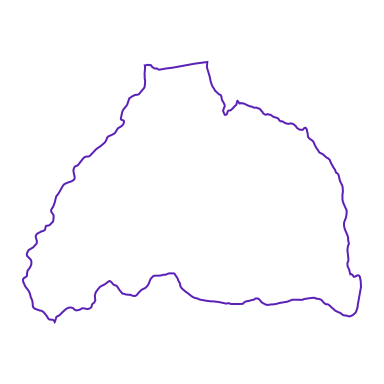 Venecia, Cundinamarca, Colombia (Robinson projection)
{"feature_id": "7082276B51616381865711", "entity_name": "Venecia", "entity_type": "district", "adm_level": 2, "iso_a3": "COL", "parent_name": "Colombia", "parent_adm1": "Cundinamarca", "projection": "robinson", "projection_center": [-74.456, 4.07], "detail": "fine", "context": "isolated", "style": "outline", "palette": "violet", "viewbox_px": 384, "rotation_deg": 0, "n_neighbors": 0, "source": "geoboundaries", "source_scale": "gbopen_adm2", "svg_char_len": 5929}
<svg xmlns="http://www.w3.org/2000/svg" viewBox="0 0 384 384"><path d="M214.1,88.8L212.7,86.8L211.8,84.9L210.6,81.1L209.7,76.6L207.1,68.0L206.9,67.2L207.3,62.0L194.5,63.7L172.0,67.8L166.6,68.4L159.3,69.7L158.5,69.5L156.7,68.4L155.2,68.6L154.2,68.3L152.0,66.8L151.3,65.6L150.8,65.1L149.9,65.2L148.5,64.8L144.8,65.4L144.9,65.7L145.0,67.2L145.0,68.8L144.6,73.3L144.7,78.6L145.1,80.2L145.1,82.5L144.6,87.0L144.0,88.1L140.5,92.2L139.3,93.9L138.8,94.1L137.8,94.7L134.8,95.0L133.0,96.0L132.0,96.4L131.3,97.0L129.3,98.3L127.2,104.6L126.3,106.0L123.4,109.5L122.2,112.0L120.9,118.1L120.9,119.2L121.4,119.8L123.4,120.4L123.7,120.6L123.9,121.0L123.9,122.1L123.8,123.0L123.2,124.3L122.9,124.8L121.6,126.0L120.7,126.7L118.5,127.9L117.7,128.6L115.1,132.8L114.6,133.4L111.4,135.1L108.3,136.4L107.7,137.0L107.0,137.9L106.2,140.3L105.6,141.4L104.5,142.8L100.6,146.1L97.3,148.3L95.9,149.5L90.1,155.6L88.7,156.5L86.0,156.6L84.3,157.3L82.9,158.8L77.9,165.2L76.4,166.0L75.1,166.4L74.5,167.0L73.7,168.9L73.4,170.5L73.7,172.7L74.7,177.1L74.4,179.0L74.1,179.6L72.5,180.8L70.8,181.6L67.9,182.5L65.4,183.6L63.9,184.5L62.8,185.9L59.1,192.5L57.6,194.7L56.8,195.6L56.3,196.4L55.9,197.6L54.7,202.5L54.1,204.3L53.4,206.1L51.2,209.8L51.1,210.8L51.2,211.5L51.7,212.5L53.3,214.7L53.7,215.8L53.5,218.6L53.2,221.0L53.0,221.6L49.6,225.1L48.1,225.6L46.2,225.8L45.8,226.1L45.1,229.4L44.6,230.1L43.1,231.0L41.0,231.5L40.5,232.0L38.5,232.9L37.4,233.6L36.6,234.4L35.8,235.7L35.7,236.4L35.8,237.4L36.9,241.0L36.8,242.8L36.5,243.7L33.2,247.3L31.6,248.3L28.8,249.9L27.5,252.0L26.8,254.0L27.0,255.8L30.4,259.3L31.1,260.3L31.4,261.9L31.3,264.3L30.8,265.8L29.5,268.2L28.8,269.0L27.5,270.9L27.0,273.4L27.0,275.1L26.9,275.9L26.3,276.6L23.8,278.2L23.2,278.9L23.0,279.5L23.1,280.8L23.2,281.8L25.2,286.3L28.6,290.8L29.6,292.9L30.2,294.7L30.7,297.0L32.0,299.9L32.5,301.9L32.9,306.4L33.2,307.2L34.0,308.1L35.2,308.9L39.0,310.2L39.5,310.5L40.8,310.6L41.7,310.9L43.6,312.1L46.9,316.2L48.1,318.4L48.6,318.9L49.4,319.5L50.1,319.6L52.1,319.7L53.2,320.0L54.2,321.0L54.7,322.0L55.0,321.5L56.4,316.9L57.1,316.4L58.5,315.8L59.5,315.2L63.1,311.6L66.3,308.8L68.6,307.7L71.1,307.5L72.1,307.8L72.9,308.1L73.6,308.6L74.0,309.2L75.2,310.0L76.2,310.4L78.8,310.0L80.2,309.5L81.6,308.5L82.2,308.3L84.0,308.3L86.3,308.9L87.9,309.0L89.0,308.7L90.6,307.9L91.4,307.0L91.7,306.3L91.9,304.8L92.3,304.1L94.3,302.5L95.3,300.3L94.8,295.8L95.5,293.1L96.0,291.9L98.2,288.9L100.0,286.9L101.2,286.1L104.1,284.7L105.6,283.8L106.6,282.9L109.3,281.0L110.4,281.3L111.9,282.7L112.8,283.9L113.9,284.9L114.4,285.1L115.8,285.4L116.9,286.1L119.6,290.2L122.4,293.6L123.6,293.7L125.5,294.4L127.9,294.7L130.5,294.8L130.8,295.1L132.9,295.8L134.4,296.0L135.3,295.9L136.7,295.1L138.9,292.4L141.6,289.8L142.9,289.1L144.7,288.3L145.5,287.8L146.4,287.0L148.2,284.8L148.8,283.5L150.2,279.8L151.0,278.4L153.5,275.9L155.5,275.7L158.7,275.7L161.2,275.4L163.2,274.8L163.9,274.7L164.8,274.8L166.0,274.6L167.2,274.0L168.4,273.6L169.8,273.3L170.7,273.3L171.8,273.4L173.7,273.4L174.4,273.6L174.8,274.1L176.1,276.2L177.3,277.9L178.5,280.9L180.1,283.7L180.1,285.3L180.3,285.6L180.4,286.3L181.9,288.5L186.1,292.1L186.8,292.4L191.2,295.9L192.8,297.0L195.2,298.1L197.0,298.3L199.9,299.6L206.0,300.7L210.6,301.3L214.8,301.5L219.7,302.2L225.6,303.5L227.0,303.5L228.7,303.1L230.0,303.7L231.2,304.0L239.1,304.0L241.9,303.9L243.0,303.7L243.7,302.8L245.2,301.8L246.2,301.3L249.5,300.8L250.8,300.3L252.8,299.9L254.2,299.5L255.3,298.6L256.0,298.4L258.3,298.6L260.2,300.4L261.5,302.2L263.3,303.3L266.0,304.7L267.1,304.9L268.1,304.9L271.5,304.4L273.4,304.4L276.3,303.9L279.4,303.0L287.3,301.7L292.4,299.7L302.6,299.8L303.9,299.1L306.1,298.7L311.9,297.9L314.2,297.8L315.3,298.0L315.9,298.6L319.0,298.9L321.4,299.9L322.2,300.7L323.3,302.2L325.5,304.1L326.8,304.2L328.2,304.5L330.2,306.0L331.4,307.3L334.4,309.8L335.1,310.6L338.8,312.4L340.0,312.8L341.3,313.7L342.3,314.6L343.7,315.3L345.6,315.6L346.2,315.5L348.6,316.3L350.2,316.3L352.8,315.1L353.8,314.1L355.3,313.0L356.3,311.2L357.5,307.3L358.0,303.6L361.0,286.9L360.7,281.0L359.9,277.0L359.2,275.7L358.0,275.3L357.1,275.5L355.1,276.6L354.3,276.8L353.8,276.8L352.7,275.2L351.9,274.5L351.2,274.1L350.3,274.3L349.2,269.7L347.6,266.3L347.4,263.7L347.6,262.3L348.4,260.8L348.3,257.9L347.4,250.0L348.0,245.7L348.9,244.1L348.7,242.6L348.1,240.0L348.1,237.3L346.8,233.7L344.8,229.2L344.0,225.6L344.0,223.3L344.3,221.8L345.9,217.8L346.5,214.7L346.7,210.5L343.3,203.0L343.3,202.4L342.7,201.3L342.7,200.5L342.4,199.1L342.5,197.7L342.4,195.1L342.9,191.9L342.7,187.8L342.3,185.7L340.0,181.0L339.4,178.8L339.4,178.2L339.0,177.1L338.8,175.7L338.3,174.5L337.3,173.3L336.6,173.0L335.9,172.4L335.3,170.4L335.0,169.7L334.0,168.3L331.4,163.8L330.2,161.2L329.9,160.1L328.0,158.2L326.7,157.7L322.8,154.2L320.1,152.9L319.2,152.3L318.2,150.5L317.4,149.3L316.7,148.6L314.5,144.4L314.1,143.1L313.1,141.4L312.4,140.6L309.4,138.6L308.2,137.1L307.9,136.1L307.7,133.6L307.1,131.5L306.9,129.8L306.4,128.8L305.8,128.2L305.6,127.8L304.5,127.9L304.2,128.1L303.1,129.5L302.7,129.8L299.7,129.7L296.8,127.8L295.8,126.1L293.0,123.9L290.8,123.4L288.9,123.8L287.1,123.7L284.6,122.8L282.4,121.3L280.9,121.3L280.3,121.2L279.6,120.6L278.2,118.6L277.5,118.1L273.6,116.9L272.5,116.3L271.6,115.5L270.6,114.8L268.7,114.6L268.0,114.1L267.1,114.2L266.3,114.7L265.4,114.7L264.3,114.1L263.2,113.3L262.6,112.4L262.4,111.8L260.9,110.4L260.5,109.5L259.3,108.6L258.7,108.6L256.5,107.6L254.1,107.7L251.8,106.6L250.5,106.5L249.1,105.8L248.5,105.8L243.6,103.4L242.5,103.5L241.0,103.0L240.1,103.5L239.8,103.5L239.4,103.4L238.0,101.4L237.5,100.9L237.2,101.1L237.2,101.7L236.9,102.5L236.3,104.7L236.1,105.0L234.3,106.5L233.1,108.1L231.0,110.0L230.2,110.4L228.7,110.5L228.1,110.9L227.6,111.8L226.9,114.0L226.3,114.6L225.0,114.9L224.2,113.7L223.1,110.8L223.2,110.2L223.8,108.6L223.9,107.8L224.4,107.3L224.7,106.5L224.6,104.8L223.5,102.5L222.0,100.0L221.6,98.1L221.4,96.6L220.8,95.2L218.8,94.1L215.0,90.6L214.1,88.8Z" fill="none" stroke="#5b21b6" stroke-width="2"/></svg>